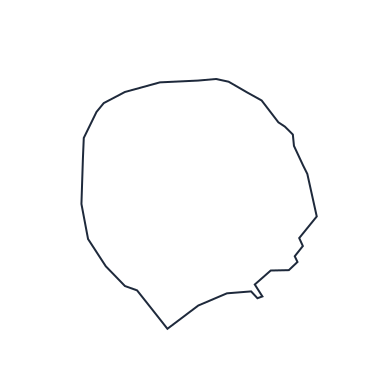 Nomwin, Federated States of Micronesia (Equal Earth projection), rotated 139°
{"feature_id": "79324940B5311859282342", "entity_name": "Nomwin", "entity_type": "district", "adm_level": 2, "iso_a3": "FSM", "parent_name": "Federated States of Micronesia", "parent_adm1": "", "projection": "equal_earth", "projection_center": [151.746, 8.431], "detail": "fine", "context": "isolated", "style": "outline", "palette": "slate", "viewbox_px": 384, "rotation_deg": 139, "n_neighbors": 0, "source": "geoboundaries", "source_scale": "gbopen_adm2", "svg_char_len": 600}
<svg xmlns="http://www.w3.org/2000/svg" viewBox="0 0 384 384"><g transform="rotate(139 192 192)"><path d="M298.0,153.8L299.3,125.4L300.3,104.9L261.7,102.2L232.1,92.6L212.6,78.2L212.3,68.9L207.4,67.0L205.3,81.0L184.1,81.1L170.2,69.5L158.3,70.0L156.6,76.1L143.8,78.5L141.3,86.9L113.9,91.7L93.1,130.0L90.7,139.3L84.8,159.9L78.2,169.2L79.0,180.4L81.1,187.9L79.4,215.4L85.0,230.8L92.0,251.2L99.7,261.5L114.3,272.1L144.3,295.8L177.0,311.5L200.3,317.0L211.5,315.1L238.2,303.8L252.4,288.8L283.3,255.5L301.3,224.7L305.8,192.5L304.3,165.0L298.0,153.8Z" fill="none" stroke="#1e293b" stroke-width="2"/></g></svg>